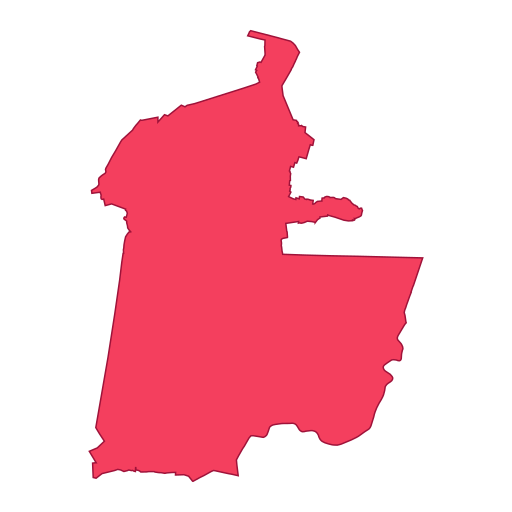 outline of Jamay, Jalisco, Mexico
{"feature_id": "50627088B96170211471605", "entity_name": "Jamay", "entity_type": "district", "adm_level": 2, "iso_a3": "MEX", "parent_name": "Mexico", "parent_adm1": "Jalisco", "projection": "natural_earth1", "projection_center": [-102.668, 20.293], "detail": "fine", "context": "isolated", "style": "filled", "palette": "rose", "viewbox_px": 512, "rotation_deg": 0, "n_neighbors": 0, "source": "geoboundaries", "source_scale": "gbopen_adm2", "svg_char_len": 6047}
<svg xmlns="http://www.w3.org/2000/svg" viewBox="0 0 512 512"><path d="M290.7,41.3L290.3,41.1L280.6,38.5L278.2,37.8L250.7,30.7L249.5,31.9L249.3,32.2L249.3,32.5L247.7,35.8L260.3,39.0L265.0,40.0L264.9,45.7L264.6,46.4L265.1,53.9L265.0,54.2L265.1,55.0L261.0,62.4L259.8,62.0L257.6,62.7L256.8,65.7L257.3,66.1L255.5,69.8L256.7,70.4L255.6,72.2L256.9,74.6L257.4,75.8L257.9,76.5L257.8,77.7L258.2,77.8L258.9,79.7L259.6,82.2L255.8,84.1L243.7,88.1L194.7,103.6L187.2,105.3L185.0,106.8L181.3,105.2L167.9,115.9L164.5,114.7L157.9,122.1L157.9,117.2L142.0,120.3L140.9,120.2L140.4,120.0L137.5,123.5L135.9,125.3L133.5,128.5L132.6,130.1L121.9,139.9L120.6,141.9L115.5,151.0L111.6,157.5L108.2,164.2L106.0,168.0L105.5,169.4L105.9,171.8L105.6,172.6L104.9,173.5L103.5,174.3L101.4,175.8L99.2,177.8L98.9,178.4L98.6,179.7L98.7,181.5L98.9,183.4L98.8,184.8L98.7,185.0L97.4,186.6L96.8,187.2L95.1,188.3L91.5,190.4L91.9,193.3L100.3,192.2L100.5,193.4L100.9,194.3L101.1,195.1L100.9,197.0L101.1,198.6L101.2,198.8L102.1,199.4L103.7,199.1L105.2,205.6L111.6,203.9L125.6,209.1L125.4,209.6L125.5,210.2L126.5,211.0L127.3,213.1L126.8,215.3L126.2,217.3L125.6,217.2L124.8,216.9L124.3,217.3L123.8,218.2L124.2,219.3L124.7,219.6L126.5,220.9L126.7,221.5L126.7,222.8L127.5,225.9L127.7,227.9L129.1,230.0L130.7,231.8L130.1,232.0L129.0,232.0L127.4,234.0L125.6,236.8L124.7,240.8L124.0,244.9L123.8,247.8L123.4,249.8L123.6,253.4L123.1,253.4L121.8,262.2L119.7,279.8L114.8,313.7L108.0,357.4L105.5,371.8L95.8,427.6L99.4,433.6L104.4,441.2L97.3,447.9L89.3,451.3L96.2,462.8L95.2,462.8L92.6,463.1L93.2,477.5L96.1,478.2L102.0,473.6L111.8,471.2L114.6,470.5L117.7,469.4L120.5,469.9L123.9,471.5L127.4,470.6L128.8,470.0L131.5,470.6L132.7,470.4L133.8,471.1L135.4,471.5L135.6,467.6L135.8,467.6L136.0,469.6L136.7,470.1L137.6,470.2L139.4,470.8L140.8,472.0L146.5,471.9L148.6,471.6L153.8,471.6L154.5,471.7L154.8,472.0L158.7,472.6L161.3,472.7L164.8,473.3L166.9,472.9L171.8,472.5L175.6,472.4L175.5,475.0L184.0,474.7L188.6,476.2L192.6,481.2L193.0,481.3L199.9,477.5L203.8,475.6L211.0,471.6L213.4,470.5L215.0,470.7L224.1,472.7L228.8,473.7L231.7,474.2L238.2,475.7L236.9,465.2L236.4,459.9L238.5,455.9L242.6,448.7L244.3,446.2L249.0,438.0L250.9,435.8L253.2,435.7L260.1,436.8L262.3,437.2L263.5,437.3L264.8,436.7L265.7,436.0L266.4,435.4L267.0,434.5L268.1,431.7L268.9,429.3L269.5,427.5L269.9,426.9L270.4,426.4L271.1,425.9L272.1,425.3L273.1,424.9L275.4,424.4L278.9,423.9L282.1,423.5L289.7,423.4L292.3,423.2L294.0,423.5L294.7,423.8L295.4,424.2L296.2,424.8L297.5,426.6L298.6,428.5L299.2,429.5L299.8,430.2L300.5,430.8L301.3,431.3L302.2,431.7L304.3,431.6L305.7,431.2L307.3,431.0L310.8,430.6L312.2,430.6L313.3,430.8L315.1,431.4L316.0,432.0L317.2,433.2L317.9,434.3L318.5,435.5L318.8,436.7L319.5,438.2L320.1,439.3L321.1,440.5L322.2,441.4L325.0,442.8L328.5,443.9L332.2,444.8L334.0,445.0L337.2,445.1L338.6,444.8L340.9,444.2L342.9,443.4L351.3,439.9L356.4,437.4L358.5,436.2L360.6,434.7L364.9,431.6L368.8,429.1L369.5,428.4L370.3,427.2L371.0,425.7L373.7,417.0L374.4,414.0L375.2,411.6L376.7,407.8L379.0,403.3L381.3,399.5L382.7,396.8L383.5,394.9L384.6,390.8L384.9,388.9L385.2,386.8L385.4,386.4L385.9,385.6L386.7,384.5L388.1,383.3L390.4,381.8L391.8,380.6L392.2,379.9L392.6,379.1L392.7,378.4L392.7,377.8L392.2,376.7L391.6,375.9L390.2,374.3L385.5,371.2L384.4,370.2L383.7,369.1L383.4,368.2L383.2,367.2L383.3,366.6L383.8,365.7L384.5,364.9L387.5,362.7L391.1,360.3L391.8,359.9L392.6,359.8L393.6,359.7L395.5,359.9L396.7,360.1L397.6,360.5L398.7,360.7L399.7,360.7L400.5,360.2L400.9,359.6L401.2,358.9L401.3,358.1L401.5,354.6L401.7,353.2L402.4,350.2L402.8,349.2L402.9,348.4L402.6,346.7L401.7,344.7L401.1,343.7L397.8,339.9L397.4,339.0L397.3,338.1L397.4,337.3L398.0,335.7L403.8,326.0L404.8,324.4L405.7,323.3L406.2,322.8L405.8,321.3L405.7,320.3L405.0,315.5L404.2,312.5L404.8,309.9L405.7,307.7L406.7,304.5L407.8,301.5L409.6,296.4L411.2,292.3L411.0,292.2L413.0,286.2L413.3,285.9L422.7,257.9L357.9,256.3L331.6,255.8L305.3,255.1L282.7,254.3L282.3,252.0L282.1,251.6L281.6,246.9L281.3,245.8L281.5,243.6L281.5,242.9L281.1,240.1L281.5,239.2L282.9,238.4L287.4,237.5L287.5,237.2L287.1,231.8L286.8,231.5L286.7,230.7L285.8,223.4L298.6,221.5L298.4,223.1L299.1,222.9L299.5,222.9L301.2,223.2L302.4,223.0L304.3,222.5L307.3,221.2L311.8,221.6L315.2,222.3L315.2,222.7L317.5,219.7L319.4,218.4L319.9,218.2L319.9,217.0L327.5,216.1L327.7,214.9L329.0,215.5L335.1,217.2L343.9,220.2L348.4,220.9L352.6,220.7L352.9,220.6L352.7,220.0L354.5,220.1L354.7,219.7L354.7,219.2L354.4,218.5L355.5,218.6L356.2,218.1L359.2,216.9L360.9,215.9L361.4,215.1L361.8,212.9L362.5,210.5L362.0,209.5L361.6,208.2L360.9,208.1L359.9,208.4L359.2,208.9L358.1,208.1L357.3,206.5L356.4,206.2L355.5,205.4L353.5,204.7L353.3,204.3L352.1,203.4L350.1,200.9L349.8,200.3L348.5,199.9L348.2,199.4L347.6,198.9L346.9,198.6L346.1,198.2L343.4,197.6L341.0,199.4L335.9,198.7L335.2,198.4L334.6,197.8L333.9,197.5L333.3,197.4L330.2,197.5L330.2,197.4L328.8,196.7L327.5,196.5L326.4,196.5L324.6,197.2L324.3,197.9L322.1,198.1L321.8,201.0L321.5,200.9L320.7,201.1L317.4,201.4L315.8,202.5L314.7,203.6L313.4,204.1L312.7,204.0L313.2,200.4L311.0,200.1L310.3,200.2L310.0,199.8L309.0,199.6L308.7,199.4L306.9,199.1L306.7,199.5L304.9,199.1L303.2,197.0L299.5,196.5L299.2,198.8L296.0,197.8L295.8,199.5L293.2,198.8L288.6,196.6L290.9,192.1L289.6,191.2L289.8,190.4L290.0,190.4L290.2,189.9L290.0,188.7L290.8,187.0L290.9,185.5L289.3,185.2L289.7,180.7L290.4,180.5L290.3,176.1L290.7,173.6L290.0,172.2L290.0,171.4L289.4,171.0L290.6,166.4L293.5,167.2L294.9,162.6L296.7,163.1L297.8,160.5L298.9,156.9L299.0,156.8L302.2,157.6L306.2,158.7L308.8,149.6L310.3,144.7L312.0,145.3L312.8,145.3L314.0,139.7L305.0,132.6L305.2,130.7L305.6,127.0L302.7,126.5L301.7,125.6L301.6,125.8L300.1,125.7L298.6,125.8L298.6,124.1L298.4,123.9L297.7,123.6L298.1,122.5L297.3,121.6L296.8,121.5L296.6,120.7L296.5,120.4L293.1,119.8L283.1,95.7L282.1,88.1L281.9,85.8L282.1,85.4L286.3,78.3L291.3,69.6L291.2,69.3L291.8,68.2L292.7,66.9L294.1,63.7L295.4,61.1L295.7,60.2L296.4,58.9L297.3,56.6L299.5,52.3L297.6,49.5L295.4,45.6L293.1,43.1L290.7,41.3Z" fill="#f43f5e" stroke="#9f1239" stroke-width="1.5"/></svg>